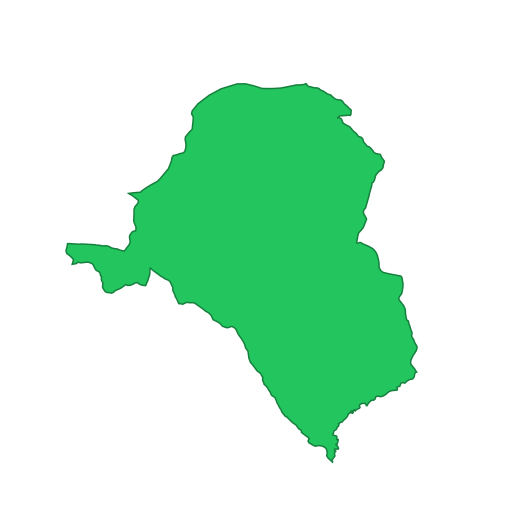 Mandera North, North-Eastern, Kenya (orthographic projection), rotated 105°
{"feature_id": "3690345B80624826839047", "entity_name": "Mandera North", "entity_type": "district", "adm_level": 2, "iso_a3": "KEN", "parent_name": "Kenya", "parent_adm1": "North-Eastern", "projection": "orthographic", "projection_center": [40.826, 3.604], "detail": "fine", "context": "isolated", "style": "filled", "palette": "green", "viewbox_px": 512, "rotation_deg": 105, "n_neighbors": 0, "source": "geoboundaries", "source_scale": "gbopen_adm2", "svg_char_len": 6074}
<svg xmlns="http://www.w3.org/2000/svg" viewBox="0 0 512 512"><g transform="rotate(105 256 256)"><path d="M84.2,212.3L83.4,214.4L83.9,217.1L84.0,219.7L82.4,223.3L81.1,225.5L81.0,228.7L79.2,234.1L79.0,236.6L77.9,238.5L77.8,240.2L78.5,243.7L78.4,246.0L78.6,248.3L78.4,249.8L77.5,251.3L76.8,251.6L76.7,252.7L78.0,254.1L78.5,255.7L79.3,257.6L80.6,262.1L81.2,262.9L87.4,275.6L90.1,283.7L92.6,293.4L92.2,302.3L92.4,310.5L94.7,318.9L103.7,333.2L112.8,342.8L123.9,351.4L132.4,355.2L135.5,355.0L137.5,352.9L138.7,352.4L141.5,351.8L150.0,350.5L150.9,350.8L153.0,352.2L159.3,355.0L161.7,354.6L166.2,352.6L168.5,352.0L170.5,351.8L172.6,351.8L174.8,352.5L176.0,354.3L176.8,356.0L177.6,357.3L178.5,358.2L180.4,362.0L182.5,362.6L186.3,362.3L194.5,363.2L198.0,364.9L206.8,369.0L209.7,370.8L214.2,375.6L218.3,379.5L222.6,383.2L223.9,383.7L224.5,384.7L226.5,390.3L228.5,395.2L229.0,393.9L229.2,392.4L232.1,385.2L232.7,384.1L234.3,383.7L235.7,383.8L239.8,385.7L242.5,385.9L247.3,384.6L253.7,383.2L255.3,382.3L258.5,379.8L260.8,378.9L261.8,378.8L263.0,379.0L263.8,380.8L265.1,382.0L268.2,383.2L269.8,383.3L272.8,382.2L274.2,381.4L275.7,381.2L277.7,381.4L285.4,384.5L285.5,389.3L285.1,391.9L285.5,394.3L285.6,397.6L284.8,400.5L284.8,402.9L285.9,406.7L286.2,410.5L286.8,412.8L286.8,414.7L289.5,427.4L290.4,430.0L292.5,440.2L292.8,441.2L296.5,440.9L300.3,440.9L302.7,439.2L303.7,436.4L305.1,433.7L306.8,431.3L311.6,431.4L309.9,427.7L308.2,426.4L308.1,426.1L308.0,423.5L305.6,417.5L305.4,415.6L305.8,412.2L307.0,410.6L309.2,408.9L311.2,406.7L311.8,403.9L312.3,402.8L313.2,402.0L314.8,401.3L315.4,400.8L315.9,399.9L318.3,399.5L320.0,398.6L321.4,397.0L325.2,396.3L326.3,395.9L329.2,392.8L329.8,391.1L329.2,385.9L328.1,384.4L326.0,383.1L322.0,378.2L317.3,374.4L317.7,372.8L317.3,371.1L316.7,369.6L314.4,366.7L313.2,365.7L312.9,364.6L312.3,363.8L313.1,362.2L313.6,360.1L313.6,357.3L313.2,355.0L312.0,354.7L309.7,354.6L308.9,354.2L302.0,353.9L300.4,354.0L297.0,354.9L295.2,355.0L295.0,354.7L295.8,353.4L296.7,351.5L300.4,342.0L300.6,340.1L301.5,338.7L301.5,337.9L301.7,337.3L302.1,334.2L303.0,332.4L307.7,328.4L311.0,327.3L314.4,324.4L316.2,323.4L318.3,321.2L322.0,318.3L322.0,318.0L321.6,316.6L321.6,314.4L319.0,311.3L318.6,310.5L318.4,308.5L317.4,304.5L317.4,303.0L321.2,292.8L322.4,290.2L322.9,288.0L323.5,286.4L324.2,285.1L325.3,283.6L328.6,281.0L329.2,277.8L330.1,274.3L330.6,273.1L332.5,270.2L332.8,267.2L332.8,265.4L332.4,264.4L330.6,261.8L330.3,260.5L331.1,257.9L331.6,256.8L332.6,255.9L335.7,253.3L337.0,252.0L339.6,248.7L342.3,245.9L344.2,244.2L347.6,242.2L349.6,239.6L350.5,238.9L356.4,236.5L360.1,233.9L361.6,231.7L366.8,225.0L368.2,221.3L370.7,219.0L371.4,218.0L372.3,217.8L373.4,217.8L375.1,217.0L376.2,215.8L377.7,215.1L379.2,212.3L380.9,210.1L381.9,209.3L384.2,206.7L386.2,205.3L386.8,204.2L387.7,201.2L390.5,198.9L392.4,197.7L393.6,196.4L396.7,193.7L397.7,192.2L399.3,191.2L400.7,189.8L402.2,187.6L403.3,186.3L403.3,185.0L407.4,177.8L408.9,173.6L411.9,170.0L412.7,167.1L414.7,166.4L418.2,157.7L418.7,157.3L419.4,157.7L421.3,157.8L422.7,156.5L423.5,153.6L423.9,152.5L424.3,150.1L424.3,149.2L423.4,147.6L422.8,146.1L422.5,143.8L422.7,141.0L423.6,138.9L424.7,137.6L426.3,136.9L427.7,136.3L430.7,136.0L432.6,133.9L435.3,128.8L434.7,128.7L434.4,129.0L434.2,129.7L433.8,130.0L428.8,128.0L426.1,129.2L425.3,129.1L424.4,128.5L423.9,128.4L423.6,128.6L423.2,130.0L422.6,130.1L421.9,129.8L421.7,129.3L421.5,127.2L421.2,126.6L420.6,126.5L420.0,126.7L417.9,128.8L417.6,130.0L417.2,130.0L416.4,128.9L412.9,128.9L412.0,129.1L412.0,129.7L412.4,129.9L412.3,130.6L409.5,131.2L409.1,131.5L409.0,135.3L408.8,135.5L405.3,135.4L404.7,135.3L402.9,133.7L402.3,133.4L400.5,133.4L399.1,132.3L397.7,132.2L397.2,132.3L396.9,132.8L396.5,132.9L395.8,132.0L394.6,131.1L394.1,129.8L392.2,129.1L389.9,127.4L386.9,126.1L384.5,125.9L383.2,124.4L381.6,124.2L381.2,124.0L380.9,123.4L380.9,123.0L382.9,122.7L383.1,122.5L383.0,122.2L381.9,121.6L379.6,121.7L379.2,121.5L379.0,121.2L379.2,120.7L379.7,120.4L379.9,120.0L378.0,118.9L376.2,116.6L375.1,116.4L373.9,117.5L373.2,117.5L371.7,116.3L370.8,115.1L370.1,112.1L370.4,111.7L372.0,110.7L371.9,110.1L371.2,109.8L369.4,109.4L366.4,107.8L365.2,106.7L365.0,105.3L363.8,104.1L361.0,103.8L360.0,102.8L359.8,100.6L359.5,98.8L358.5,97.2L356.9,95.5L355.4,94.3L353.6,93.2L352.4,92.2L350.9,90.1L349.1,85.1L347.9,84.9L346.6,85.8L345.8,85.8L344.8,83.5L343.6,83.2L341.6,83.2L341.0,82.7L340.4,81.8L340.3,79.5L339.5,78.6L338.4,78.3L337.4,77.4L335.5,75.6L334.3,72.9L331.9,71.9L328.4,72.2L327.1,71.8L326.6,70.8L323.8,73.8L321.8,76.6L320.3,78.4L318.9,79.1L316.4,79.4L311.8,78.6L306.2,76.8L303.8,76.6L302.5,76.8L301.3,77.4L299.5,79.4L297.7,80.9L295.8,82.1L294.4,84.0L293.5,84.7L291.9,85.2L290.5,85.2L289.3,85.7L287.4,87.2L285.1,88.5L281.1,91.2L279.8,91.7L279.1,92.4L279.1,92.9L278.7,93.9L278.3,94.1L277.2,94.8L272.7,96.8L268.9,98.0L265.8,100.5L261.2,106.5L260.0,107.1L258.9,107.1L254.2,105.5L248.2,106.0L244.1,107.0L242.4,108.0L239.7,109.1L238.9,109.6L237.9,111.0L238.8,122.8L238.9,127.7L238.8,129.4L238.2,131.0L237.1,132.4L235.2,134.1L230.9,135.4L229.0,136.2L224.1,138.9L221.5,141.0L219.9,143.1L218.6,145.4L217.3,150.8L216.7,155.6L215.9,158.3L216.2,159.5L217.2,160.9L217.3,162.2L210.7,162.8L207.3,162.9L202.0,160.2L200.5,159.7L191.9,158.7L190.7,159.5L187.1,163.1L185.7,163.6L184.4,163.8L183.1,163.6L181.3,162.6L167.8,162.4L166.3,162.6L158.0,162.4L155.7,162.9L154.3,161.8L152.2,161.3L151.2,161.2L147.9,161.3L146.8,161.1L145.4,160.6L144.1,159.9L143.0,159.5L140.6,157.4L138.5,156.4L136.2,156.2L135.6,156.8L135.1,156.9L134.6,156.6L133.6,156.4L131.2,156.6L128.4,160.0L125.7,162.2L126.0,166.8L125.5,168.7L123.7,170.8L122.4,172.7L121.3,174.7L121.2,177.1L119.7,178.9L119.0,180.3L118.2,181.4L115.3,183.2L114.7,183.9L114.1,185.1L114.0,187.7L113.9,188.1L112.3,190.0L111.3,191.7L110.2,194.2L107.0,198.8L106.3,202.1L105.3,205.8L104.3,207.0L102.0,208.5L101.1,209.7L101.0,211.1L101.5,212.7L101.0,212.8L98.9,211.2L97.2,206.0L96.0,203.2L95.8,201.3L94.6,201.0L90.8,201.7L90.3,202.0L89.9,202.6L89.5,203.9L87.4,207.2L86.6,209.4L85.1,211.5L84.2,212.3Z" fill="#22c55e" stroke="#15803d" stroke-width="1.5"/></g></svg>